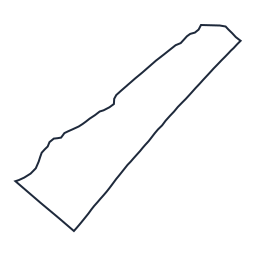 the district of Balneário Arroio do Silva, Santa Catarina, Brazil
{"feature_id": "56859067B63306994549847", "entity_name": "Balneário Arroio do Silva", "entity_type": "district", "adm_level": 2, "iso_a3": "BRA", "parent_name": "Brazil", "parent_adm1": "Santa Catarina", "projection": "orthographic", "projection_center": [-49.466, -29.02], "detail": "fine", "context": "isolated", "style": "outline", "palette": "slate", "viewbox_px": 256, "rotation_deg": 0, "n_neighbors": 0, "source": "geoboundaries", "source_scale": "gbopen_adm2", "svg_char_len": 1267}
<svg xmlns="http://www.w3.org/2000/svg" viewBox="0 0 256 256"><path d="M15.4,181.2L40.4,202.7L59.2,218.4L73.9,231.0L76.9,227.6L80.7,223.1L85.5,217.2L88.6,213.3L91.2,209.7L94.1,206.0L97.5,202.2L100.2,199.0L103.5,195.3L106.5,191.8L109.2,188.4L113.1,183.2L116.2,179.0L118.6,176.1L121.0,173.1L124.1,169.2L127.6,164.8L130.7,161.6L133.1,158.8L136.5,155.0L140.1,151.0L142.7,147.8L145.3,144.8L148.6,141.2L151.8,137.1L154.7,133.3L158.0,129.4L162.1,125.4L165.6,120.7L170.0,115.8L174.0,111.6L177.9,106.9L182.9,101.8L185.8,98.9L189.0,95.4L192.6,91.4L195.9,87.7L199.6,83.8L203.0,80.0L205.9,76.9L209.7,72.8L213.5,68.6L217.4,64.6L221.7,60.1L225.5,56.3L228.4,53.3L231.0,50.5L233.6,48.1L237.2,44.2L240.6,40.8L235.8,37.1L232.1,33.1L228.4,29.5L225.6,26.5L219.8,25.5L201.0,25.0L198.6,29.6L194.9,32.6L190.2,33.9L186.9,36.3L184.1,39.4L180.7,43.1L175.6,45.2L168.4,50.9L164.0,54.4L156.1,60.5L142.0,72.8L135.2,78.4L121.2,90.6L116.3,95.0L114.2,98.8L113.9,104.0L109.4,107.3L103.6,110.3L99.7,111.5L94.9,115.2L89.7,118.6L85.9,121.6L82.6,124.0L78.7,126.5L72.6,129.3L67.9,131.4L64.4,133.1L61.1,137.6L57.5,138.2L53.8,138.6L49.5,142.1L47.7,146.5L44.7,149.4L41.7,152.7L40.2,156.9L38.7,161.6L35.8,168.3L30.6,173.6L24.2,177.6L18.8,180.1L15.4,181.2Z" fill="none" stroke="#1e293b" stroke-width="2"/></svg>